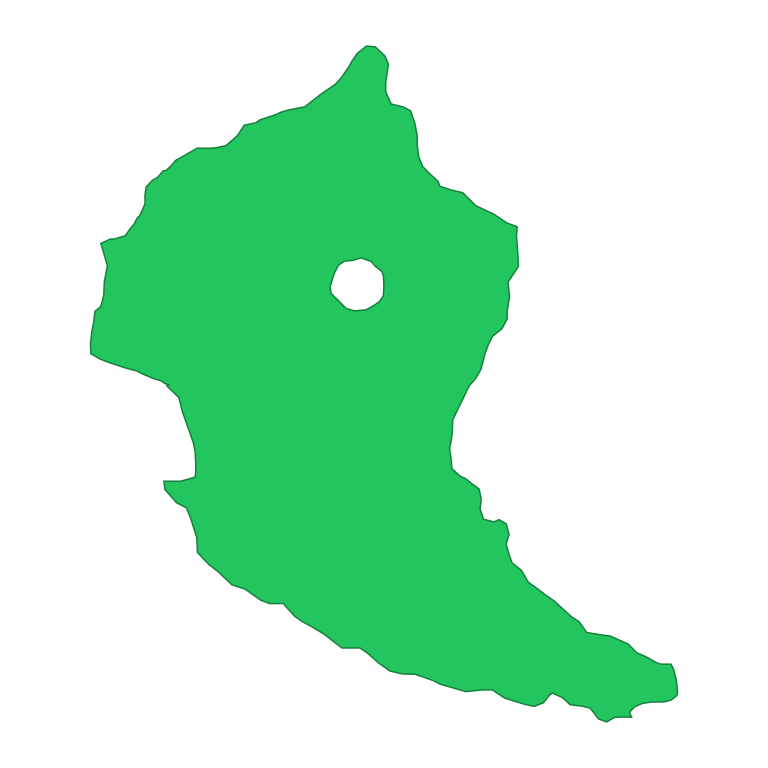 the district of Shaki District, Şəki, Azerbaijan
{"feature_id": "54616110B25010354244926", "entity_name": "Shaki District", "entity_type": "district", "adm_level": 2, "iso_a3": "AZE", "parent_name": "Azerbaijan", "parent_adm1": "Şəki", "projection": "orthographic", "projection_center": [47.215, 41.108], "detail": "fine", "context": "isolated", "style": "filled", "palette": "green", "viewbox_px": 768, "rotation_deg": 0, "n_neighbors": 0, "source": "geoboundaries", "source_scale": "gbopen_adm2", "svg_char_len": 3028}
<svg xmlns="http://www.w3.org/2000/svg" viewBox="0 0 768 768"><path d="M671.0,664.2L660.5,664.1L655.9,662.4L645.3,656.4L636.8,652.9L628.3,644.1L610.0,636.0L602.2,635.0L586.7,632.5L579.4,622.0L571.2,616.5L563.5,609.5L553.6,600.5L545.9,595.3L538.0,589.2L528.3,582.2L521.5,570.5L512.2,563.0L509.3,555.1L506.1,544.3L509.0,534.5L506.3,523.9L499.0,519.6L494.1,521.9L483.5,519.2L480.1,509.0L481.2,499.1L479.2,489.1L472.4,484.1L466.1,479.0L459.6,475.8L451.9,468.6L451.2,460.4L449.6,448.2L451.2,440.8L452.3,432.0L452.7,420.0L456.3,412.4L458.1,408.7L463.3,398.1L469.1,385.9L475.4,378.9L481.0,369.2L485.0,353.8L485.2,353.2L488.2,345.0L492.4,336.4L502.1,328.5L507.2,318.8L507.2,311.4L509.6,296.5L508.0,282.1L514.1,273.0L518.5,266.3L517.6,250.0L516.5,236.8L517.1,226.8L517.1,226.7L506.9,223.0L493.8,214.2L475.8,205.7L462.8,192.8L450.9,189.9L439.7,186.1L438.1,181.4L430.2,174.2L422.6,166.5L418.7,156.8L417.2,145.1L417.2,136.1L414.9,123.3L410.6,110.9L403.5,107.1L391.1,103.9L385.7,91.8L385.7,82.7L387.1,73.1L388.4,64.5L385.1,56.2L375.2,46.8L374.2,46.7L366.5,46.1L357.3,53.3L352.1,60.9L348.5,67.4L340.9,78.2L335.3,84.3L321.4,93.8L315.1,98.7L304.8,106.8L288.9,109.9L282.4,111.7L273.8,115.3L260.1,119.8L255.6,122.9L244.2,125.2L237.4,135.7L226.0,145.6L216.3,147.8L208.0,148.3L197.2,148.2L192.4,150.9L184.2,155.6L175.5,160.5L171.0,166.0L165.8,170.6L163.2,170.8L157.8,177.2L152.2,180.5L146.1,187.1L145.0,195.1L145.0,203.8L140.3,214.8L137.0,218.4L134.4,223.5L130.1,228.9L125.2,235.8L113.6,239.1L110.3,239.1L100.8,243.4L103.4,252.1L107.4,265.8L104.3,281.9L103.7,295.5L100.8,306.6L94.9,311.4L93.9,320.9L92.0,330.7L90.4,343.8L90.9,353.8L99.8,359.0L109.3,362.6L114.9,364.5L125.4,367.9L136.7,371.0L144.1,374.6L154.6,379.0L161.2,380.8L164.6,383.4L168.8,384.9L166.9,386.0L178.9,397.6L182.2,411.0L187.3,425.7L190.1,433.4L193.6,443.7L195.1,451.7L195.8,464.0L195.7,472.9L194.9,477.3L180.1,481.3L164.0,481.2L164.8,489.3L176.4,502.6L186.4,507.9L190.4,517.5L196.8,537.7L197.5,552.6L199.1,554.2L203.4,558.8L209.1,564.7L218.0,571.6L232.0,584.9L244.8,589.0L260.9,600.3L269.7,603.6L283.8,603.6L285.0,605.6L295.0,616.5L302.6,621.8L311.5,626.6L324.3,634.3L335.2,642.8L342.0,648.0L360.1,648.0L367.7,653.3L378.6,663.0L389.8,671.0L401.9,673.9L415.2,674.3L432.5,680.3L440.5,684.3L451.0,687.3L453.3,688.0L465.9,691.6L482.8,689.9L492.4,689.9L504.5,698.0L515.8,701.6L525.0,704.4L534.3,706.4L543.5,702.7L549.6,695.0L552.4,693.0L562.8,697.8L570.1,704.7L582.2,706.2L590.2,708.2L598.7,719.1L606.8,721.9L614.4,717.4L623.3,717.0L631.6,717.2L630.5,714.7L629.5,712.3L634.5,706.9L642.2,703.5L650.6,702.1L655.3,702.0L660.3,702.0L664.7,701.8L671.5,699.9L676.6,695.7L677.6,692.8L677.0,686.0L676.2,679.3L673.7,669.7L671.0,664.2ZM371.9,306.6L366.1,309.8L354.6,310.9L346.2,308.5L339.0,301.2L333.5,295.8L331.3,293.6L329.9,287.3L331.7,281.7L332.3,279.4L334.5,272.9L338.5,265.2L344.4,261.1L352.7,260.4L361.3,257.9L369.5,260.9L371.4,261.6L375.1,266.1L381.9,271.6L383.4,276.1L383.9,285.9L383.3,295.8L379.4,301.7L372.7,306.2L371.9,306.6Z" fill="#22c55e" stroke="#15803d" stroke-width="1.5"/></svg>